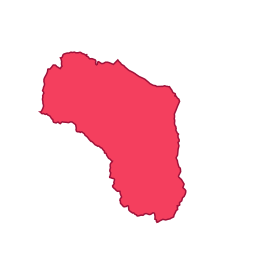 the district of Brazii, Arad, Romania, rotated 51°
{"feature_id": "2599482B77583369743499", "entity_name": "Brazii", "entity_type": "district", "adm_level": 2, "iso_a3": "ROU", "parent_name": "Romania", "parent_adm1": "Arad", "projection": "natural_earth1", "projection_center": [22.316, 46.199], "detail": "fine", "context": "isolated", "style": "filled", "palette": "rose", "viewbox_px": 256, "rotation_deg": 51, "n_neighbors": 0, "source": "geoboundaries", "source_scale": "gbopen_adm2", "svg_char_len": 5854}
<svg xmlns="http://www.w3.org/2000/svg" viewBox="0 0 256 256"><g transform="rotate(51 128 128)"><path d="M154.9,173.3L155.6,172.9L155.7,172.6L155.8,172.5L156.9,172.1L157.9,171.3L158.1,171.0L158.3,170.9L158.6,170.9L159.0,170.8L159.4,170.8L159.7,171.0L160.0,171.3L161.4,173.3L161.8,173.5L162.3,173.5L162.6,173.7L162.7,174.4L163.1,175.5L163.1,175.9L163.2,176.3L163.6,176.4L163.8,176.6L164.0,176.9L164.5,176.9L166.5,176.8L167.2,176.5L167.7,176.5L167.9,176.5L168.2,176.6L168.8,176.4L169.1,176.4L170.0,176.2L170.6,176.0L170.9,175.5L171.4,174.8L172.2,174.1L173.4,174.9L174.8,175.6L177.1,176.2L177.7,176.6L178.2,178.7L179.1,179.8L179.5,179.7L181.9,181.2L183.2,181.1L186.2,181.0L186.9,180.5L188.0,178.5L187.9,177.8L188.0,177.3L188.9,176.8L192.2,178.9L193.3,178.9L194.6,178.7L195.6,178.3L196.9,178.0L197.2,177.4L197.6,177.0L199.3,176.9L200.5,176.3L200.8,176.0L201.3,176.2L202.1,176.2L202.5,175.8L203.1,174.7L203.5,173.7L203.9,172.8L204.6,171.9L205.2,171.4L205.4,170.6L205.1,169.7L205.3,169.3L205.5,168.4L206.3,167.4L208.3,166.2L209.0,165.5L209.4,164.4L209.5,162.8L209.7,161.8L210.4,161.3L211.4,161.3L214.0,162.8L215.8,164.5L216.7,163.9L217.5,163.9L217.7,164.2L218.3,164.6L218.9,164.3L219.5,164.8L219.7,164.4L220.1,163.3L220.1,162.0L220.4,160.7L220.9,158.4L223.2,156.5L224.1,154.3L225.1,152.4L225.1,151.5L225.4,150.3L225.8,148.5L224.5,146.8L223.4,144.3L222.7,143.0L222.5,141.8L222.6,140.9L222.4,140.5L221.3,140.0L220.6,139.5L220.6,138.9L219.5,138.8L219.6,138.2L220.2,137.2L220.4,136.4L219.8,135.8L218.6,135.2L218.4,134.6L218.4,132.1L216.5,129.5L216.5,127.5L215.2,124.8L214.1,123.4L212.9,122.5L211.3,122.5L208.9,122.9L206.9,119.7L201.5,118.9L200.0,119.3L199.2,119.2L198.4,119.5L197.2,119.1L196.4,117.5L195.1,114.6L192.9,113.1L192.5,112.9L191.9,112.7L191.1,112.8L190.4,113.0L186.3,111.3L184.3,110.1L182.2,109.7L181.3,109.2L180.3,106.6L176.1,102.5L173.9,99.6L170.6,98.2L170.6,96.8L169.5,95.7L167.0,95.1L165.6,94.2L165.0,93.8L164.8,92.9L164.5,92.6L162.8,92.9L161.0,92.4L159.9,92.3L159.2,91.6L159.0,91.1L156.8,89.9L156.0,90.0L155.0,89.7L154.1,89.3L153.4,88.7L153.0,88.5L152.6,87.8L151.8,87.4L151.3,86.7L150.3,86.5L149.8,86.2L149.4,85.6L148.0,84.3L146.3,83.2L144.4,79.6L141.9,75.3L141.3,74.0L139.7,71.1L139.0,70.9L138.8,70.9L138.1,70.5L137.8,70.4L137.3,70.4L136.4,70.7L136.1,70.8L133.1,70.6L132.8,71.3L132.6,71.4L132.4,71.3L132.3,71.2L132.2,70.9L132.3,70.7L132.2,70.4L131.3,69.8L130.8,69.8L129.7,70.4L128.9,70.7L127.8,70.6L126.0,70.1L125.1,70.1L123.7,70.0L121.9,69.8L121.5,70.5L120.2,71.4L119.8,72.0L118.3,72.9L117.6,74.5L117.5,74.9L117.0,75.4L113.8,79.6L112.5,79.9L110.9,81.4L110.0,81.9L108.9,82.3L107.5,83.0L105.2,83.3L100.7,84.2L99.1,84.9L94.9,87.0L90.9,88.2L90.2,88.3L89.2,88.7L88.0,89.1L83.6,91.1L78.4,92.0L77.6,91.9L76.5,92.2L75.7,92.6L74.4,93.0L73.5,93.0L73.0,92.9L70.5,93.2L68.7,93.1L69.4,99.3L65.2,101.6L64.0,102.5L62.7,104.1L62.3,106.5L61.5,107.8L60.6,108.3L58.0,109.1L57.7,109.9L58.2,110.7L59.2,111.8L59.1,112.7L58.2,112.9L56.8,112.1L56.0,111.0L55.3,110.7L54.5,110.6L53.0,111.4L51.4,112.4L50.1,114.2L49.7,114.3L48.1,114.2L47.4,114.3L46.2,115.0L45.8,115.0L45.5,114.9L45.3,114.0L45.0,113.9L44.6,115.1L43.1,115.5L42.6,115.9L41.9,116.2L41.4,116.8L40.5,116.8L40.2,117.1L39.5,117.2L38.9,117.7L38.4,118.7L38.2,119.3L36.9,121.0L36.5,121.3L35.8,121.6L35.3,121.9L34.3,123.7L34.1,124.0L33.5,124.3L33.0,125.0L32.9,125.6L32.8,126.2L32.5,126.8L32.2,127.3L31.6,127.9L31.1,128.9L30.2,131.2L30.2,132.3L30.6,133.1L31.3,134.0L31.6,135.0L31.0,136.4L32.0,136.5L32.4,136.7L34.4,137.6L35.0,138.1L35.5,138.7L36.0,139.1L37.3,140.0L38.1,140.2L38.6,140.6L38.6,141.2L38.6,142.0L38.9,142.3L39.3,143.2L39.1,143.4L36.9,144.1L36.0,144.5L35.3,144.7L34.2,144.7L33.5,144.8L32.1,146.3L32.0,146.7L32.5,148.6L32.8,149.5L32.8,150.5L33.1,151.6L31.9,152.9L31.9,153.4L33.3,154.8L34.0,155.8L35.0,157.7L36.4,161.2L37.3,162.7L38.3,163.5L38.8,164.0L39.6,164.4L40.8,164.9L41.6,165.5L42.1,166.0L42.6,166.8L42.9,167.5L43.4,168.3L43.9,168.8L45.2,170.9L45.7,171.0L46.4,170.9L47.4,171.2L48.1,171.6L48.1,172.1L48.5,172.5L48.8,173.1L49.0,173.8L49.5,174.2L50.3,174.6L51.6,176.2L52.4,176.8L53.6,177.3L55.5,178.7L56.7,179.1L57.9,179.9L59.2,181.9L60.4,184.4L60.6,185.6L60.2,186.2L60.9,186.0L62.1,186.0L62.5,185.9L62.9,185.7L63.2,185.0L63.5,184.6L65.0,183.9L65.4,183.7L65.8,183.0L65.8,182.6L65.9,182.3L66.4,182.2L67.4,182.2L68.7,181.5L69.4,181.3L69.8,181.1L70.3,181.2L71.0,181.3L72.6,181.5L73.0,181.5L73.3,181.4L73.8,181.1L74.3,181.2L74.8,181.5L75.2,181.8L76.2,182.1L76.7,182.2L77.9,181.4L78.8,180.7L78.9,180.4L78.9,180.0L79.1,179.2L79.4,178.8L79.7,178.5L80.7,178.4L81.8,178.0L82.0,177.9L82.0,177.4L81.8,176.7L81.8,175.9L81.9,175.1L82.6,174.6L83.1,174.1L84.9,172.2L85.5,171.7L86.4,170.9L86.8,169.7L86.8,169.3L87.0,168.9L87.6,168.2L88.2,167.7L88.6,167.5L92.0,166.7L92.7,166.7L93.1,166.9L93.4,167.1L95.3,168.1L95.8,168.6L96.2,168.9L96.4,169.3L97.7,170.0L98.5,170.0L99.3,169.4L99.6,169.3L99.7,169.1L99.8,168.7L100.0,168.5L100.2,168.1L100.7,167.9L101.2,168.0L101.4,167.9L101.5,167.5L101.5,166.9L101.6,166.7L102.0,166.3L102.5,166.2L104.9,165.5L106.3,165.9L106.9,165.9L107.4,165.7L108.0,165.6L108.8,165.4L109.3,165.3L110.8,165.3L112.3,165.4L114.1,165.3L115.0,165.2L115.1,164.9L115.3,164.8L117.1,164.3L117.9,164.3L118.6,164.2L119.9,164.2L120.9,163.9L121.5,163.5L121.8,163.3L122.8,163.2L123.1,162.9L123.2,162.7L123.5,162.2L124.6,161.8L126.0,161.7L126.5,161.4L126.7,161.1L127.2,161.0L130.2,161.1L130.9,160.9L131.2,160.9L131.9,161.4L132.2,161.7L132.5,161.9L132.8,161.9L133.3,161.4L133.8,161.1L134.3,161.1L134.6,161.1L135.4,161.6L136.4,161.8L139.1,162.1L139.5,162.1L141.1,161.5L143.6,161.4L143.8,161.3L144.0,161.1L144.1,161.4L144.3,161.6L144.4,162.9L144.9,164.3L145.0,164.6L146.5,165.9L147.8,166.6L148.1,166.9L149.0,168.3L150.0,169.2L150.3,169.2L150.6,169.4L151.9,169.6L152.3,170.0L152.8,170.7L153.3,171.1L153.4,171.4L153.8,171.7L154.2,172.7L154.4,173.0L154.9,173.3Z" fill="#f43f5e" stroke="#9f1239" stroke-width="1.5"/></g></svg>